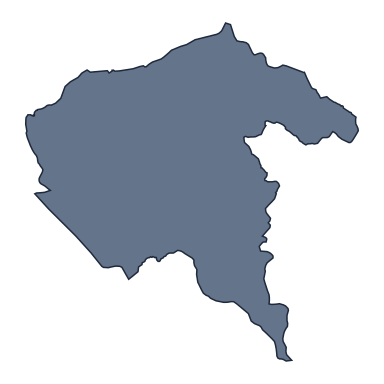 Brebu, Caras-Severin, Romania (Equal Earth projection)
{"feature_id": "2599482B1219277993436", "entity_name": "Brebu", "entity_type": "district", "adm_level": 2, "iso_a3": "ROU", "parent_name": "Romania", "parent_adm1": "Caras-Severin", "projection": "equal_earth", "projection_center": [22.029, 45.391], "detail": "fine", "context": "isolated", "style": "filled", "palette": "slate", "viewbox_px": 384, "rotation_deg": 0, "n_neighbors": 0, "source": "geoboundaries", "source_scale": "gbopen_adm2", "svg_char_len": 5686}
<svg xmlns="http://www.w3.org/2000/svg" viewBox="0 0 384 384"><path d="M291.7,360.3L286.6,354.7L285.9,351.6L286.2,347.3L283.1,341.4L282.8,338.7L283.7,333.8L284.3,331.9L284.9,330.5L285.6,329.2L286.4,327.8L287.4,326.6L287.7,323.5L287.0,320.5L287.0,315.4L288.4,310.4L288.0,308.5L285.6,306.0L283.5,304.9L279.4,303.7L277.6,304.0L275.8,304.2L274.0,304.3L272.2,304.4L271.3,304.4L269.0,303.9L269.3,301.6L269.4,299.3L269.3,297.0L269.0,294.7L267.5,290.8L266.2,286.8L264.9,282.8L263.8,278.8L265.3,271.2L264.8,269.0L265.7,265.4L267.2,262.7L273.0,258.0L273.0,256.0L272.5,255.3L272.0,254.7L271.4,254.1L270.8,253.6L270.2,253.1L269.5,252.7L268.7,252.3L268.0,252.0L266.9,251.6L260.6,251.1L259.2,246.5L260.1,245.3L261.1,244.1L262.1,243.0L263.3,242.0L266.1,242.0L266.8,239.0L265.8,237.6L262.4,236.1L269.9,227.6L270.3,225.2L268.2,222.8L269.9,220.9L270.5,218.3L266.7,213.4L265.8,211.6L265.5,208.5L268.7,204.9L272.0,201.6L274.6,198.7L276.3,193.7L275.6,192.6L276.8,191.5L277.4,189.5L279.5,185.9L278.5,183.4L276.5,181.5L275.1,181.3L272.1,181.8L269.2,181.8L267.5,181.7L266.0,180.6L265.0,180.6L264.7,179.8L264.7,178.6L265.7,177.8L266.9,175.7L267.1,172.9L265.9,172.4L264.8,171.1L263.7,169.6L262.7,168.8L262.2,168.0L261.0,167.8L260.9,165.5L259.9,163.8L259.6,162.5L258.4,158.9L255.6,156.5L253.5,154.8L251.6,154.0L251.4,152.5L250.6,149.9L248.8,146.4L244.5,142.5L244.0,139.1L243.9,137.2L245.5,136.4L248.2,137.3L249.8,137.0L253.6,136.9L255.6,136.7L257.1,136.0L259.0,135.0L261.1,134.5L261.8,133.4L262.6,131.3L263.6,129.2L265.7,125.8L264.8,125.9L265.1,125.8L265.1,124.4L265.1,121.9L266.2,121.0L268.0,120.9L269.2,121.6L270.3,121.8L271.6,122.5L273.3,123.1L275.0,123.1L276.0,122.3L277.0,122.2L278.4,122.6L280.9,123.7L283.6,125.2L285.4,127.1L285.4,128.7L287.0,130.2L289.4,131.4L291.4,133.1L293.4,134.9L294.6,135.6L295.9,135.6L297.0,137.0L298.3,138.3L298.8,139.3L299.4,140.6L300.5,141.5L301.7,141.8L302.5,142.8L304.3,144.0L305.9,144.9L307.6,143.9L311.0,143.7L312.0,143.4L314.4,144.0L317.6,143.3L319.5,140.9L321.4,138.6L322.6,137.6L325.1,137.6L327.5,137.5L329.2,136.6L332.7,131.6L334.4,132.4L336.3,133.9L337.0,134.8L337.8,135.9L338.8,136.9L341.8,139.2L349.0,142.6L350.2,142.5L351.5,141.7L353.1,139.5L355.9,135.0L357.3,132.6L358.3,130.7L358.0,128.6L356.8,125.8L355.8,124.0L355.6,121.9L355.6,119.1L356.0,117.2L351.7,114.0L351.2,112.7L350.5,112.3L349.7,112.2L349.5,112.3L349.3,112.1L348.7,111.5L347.1,110.5L343.4,108.1L343.2,106.6L342.7,106.0L342.3,105.9L341.3,105.7L341.1,106.0L339.7,104.6L337.9,104.0L335.2,102.4L334.1,102.2L333.6,101.9L329.6,99.3L326.8,96.7L323.2,97.5L320.6,98.1L320.1,97.5L319.5,96.0L317.9,93.3L317.4,93.0L315.9,89.7L312.7,88.6L311.5,87.6L309.7,83.9L307.3,79.0L306.7,77.7L304.5,72.5L304.3,72.7L286.3,65.9L282.8,65.1L281.7,65.8L280.4,66.5L279.1,67.1L277.8,67.6L277.7,67.7L274.4,68.0L271.9,67.3L269.3,66.5L268.2,66.0L267.8,65.6L267.4,65.1L266.9,64.2L266.5,63.3L265.9,60.8L265.7,59.4L265.7,57.9L263.5,54.4L262.1,53.3L260.2,53.1L259.0,53.4L257.8,53.8L256.7,54.2L255.6,54.7L254.1,54.8L252.4,52.8L248.4,44.4L246.2,42.7L242.9,41.8L241.4,41.7L240.0,41.6L239.8,41.5L238.3,41.2L236.9,40.8L234.3,36.6L230.5,24.6L225.6,23.0L221.7,30.8L219.4,33.0L216.8,34.3L195.2,39.7L186.6,44.6L180.7,46.4L171.5,50.2L169.1,52.5L166.5,54.8L163.9,57.0L161.2,59.0L152.6,62.0L150.9,63.0L149.3,64.1L147.8,65.3L146.4,66.6L144.8,66.9L143.3,65.8L140.0,66.5L132.9,68.8L119.4,70.9L114.8,71.2L113.7,70.3L113.3,70.1L112.1,70.3L112.4,70.9L109.1,73.0L107.4,70.7L98.1,71.5L90.3,72.2L87.1,70.0L83.8,71.9L81.7,73.2L78.1,77.4L70.5,81.7L65.1,86.5L60.8,98.3L55.6,103.2L51.3,105.1L50.2,105.0L49.1,105.0L48.0,105.2L46.9,105.6L46.2,106.2L45.5,106.8L44.3,107.6L42.9,108.3L41.5,108.9L37.5,109.6L37.3,109.8L37.3,110.2L36.1,110.4L35.9,110.7L34.5,112.3L34.3,113.2L34.4,115.7L33.8,116.0L33.7,115.7L33.2,115.4L33.2,115.1L32.9,115.3L32.7,115.8L31.8,115.6L30.8,114.8L30.1,114.8L27.9,114.8L27.0,116.3L26.2,117.2L25.9,119.1L25.7,124.2L26.7,130.1L26.9,131.4L26.2,133.0L27.3,137.6L30.4,145.6L31.5,148.0L32.7,150.4L34.1,152.7L35.7,154.9L36.2,155.2L37.4,158.0L37.7,160.9L38.2,162.9L39.5,164.3L40.3,165.9L41.8,167.8L42.9,169.6L42.4,172.0L39.8,177.0L39.1,178.7L39.1,179.9L39.1,180.5L39.4,181.7L39.9,182.7L41.0,183.8L43.5,185.2L45.0,186.1L48.5,189.0L50.3,190.4L44.7,192.3L43.0,192.5L39.8,192.8L36.5,193.0L34.8,193.8L48.6,208.9L75.8,236.0L90.8,252.6L101.8,266.3L103.5,267.4L108.4,267.7L110.2,267.2L112.1,266.8L114.0,266.4L115.8,266.1L116.1,266.1L119.7,266.3L121.9,267.3L128.7,279.3L138.0,271.7L138.6,266.9L142.0,264.6L142.2,262.8L142.3,262.7L144.2,261.8L144.9,261.3L145.1,260.4L145.6,259.6L146.8,258.4L147.1,258.2L148.5,257.7L149.5,257.6L149.9,257.3L150.5,256.7L151.4,257.2L152.0,257.3L152.1,257.1L152.7,256.6L153.2,256.8L154.2,257.1L154.5,257.5L154.9,257.6L155.5,257.6L155.9,257.3L156.4,257.7L156.5,259.0L156.7,259.6L157.0,260.3L158.1,261.4L159.4,261.4L160.0,260.9L160.4,260.1L161.1,258.7L161.6,258.6L162.3,258.2L162.9,258.0L163.2,257.8L163.5,257.1L164.4,256.5L164.8,256.3L165.6,256.1L166.8,254.4L169.1,253.1L173.5,253.0L177.7,250.4L179.0,250.6L180.3,250.9L181.6,251.4L182.7,252.0L184.9,253.6L192.1,258.0L193.9,260.0L193.9,261.4L193.9,262.8L194.2,264.2L194.5,265.6L194.6,265.8L196.9,269.5L196.6,274.4L197.8,282.2L201.8,290.4L203.4,293.2L206.0,295.2L208.5,296.2L210.6,298.3L216.0,300.8L223.5,302.3L224.0,302.3L225.7,302.3L227.5,302.2L229.2,302.0L230.9,301.6L233.7,301.7L237.1,304.1L248.4,313.6L251.2,321.0L254.5,323.6L259.6,325.7L261.2,327.2L262.6,329.8L265.7,332.6L268.7,335.5L271.7,338.5L274.5,341.5L275.0,343.3L275.5,345.1L275.8,346.9L276.2,348.7L276.4,350.5L276.6,352.3L276.8,354.1L276.9,356.0L277.9,358.1L279.9,359.0L280.4,358.9L281.0,358.9L281.6,359.0L282.2,359.1L282.8,359.3L283.2,359.4L286.1,361.0L291.7,360.3Z" fill="#64748b" stroke="#1e293b" stroke-width="1.5"/></svg>